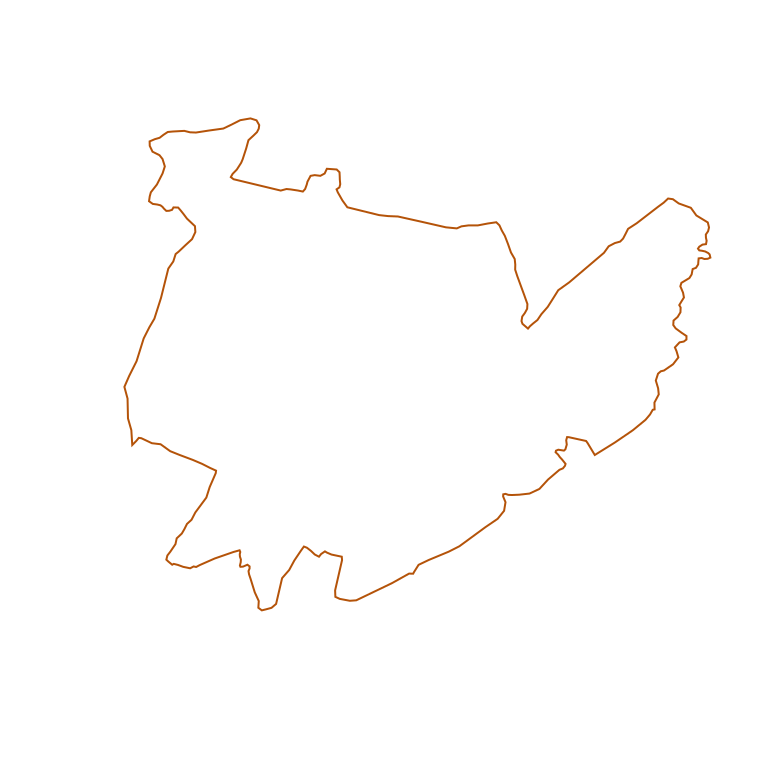 Sauce, Canelones, Uruguay (Natural Earth projection), rotated 14°
{"feature_id": "84410073B43433365311667", "entity_name": "Sauce", "entity_type": "district", "adm_level": 2, "iso_a3": "URY", "parent_name": "Uruguay", "parent_adm1": "Canelones", "projection": "natural_earth1", "projection_center": [-56.056, -34.624], "detail": "fine", "context": "isolated", "style": "outline", "palette": "amber", "viewbox_px": 768, "rotation_deg": 14, "n_neighbors": 0, "source": "geoboundaries", "source_scale": "gbopen_adm2", "svg_char_len": 4063}
<svg xmlns="http://www.w3.org/2000/svg" viewBox="0 0 768 768"><g transform="rotate(14 384 384)"><path d="M652.7,343.2L650.9,336.6L653.1,327.6L651.0,321.8L646.9,314.9L647.4,307.7L649.5,304.7L652.4,303.2L659.7,294.9L663.2,287.0L659.9,281.4L657.4,278.1L660.7,272.1L664.6,270.3L666.7,267.7L665.9,264.3L660.4,262.3L653.6,259.5L650.4,256.8L649.6,252.4L652.7,247.9L654.3,242.7L653.3,238.0L651.4,236.0L652.6,232.1L654.1,227.5L652.1,223.1L647.9,217.5L648.1,213.9L654.7,207.3L656.0,203.3L655.7,197.8L658.6,195.8L659.9,192.0L659.3,188.6L658.9,186.0L661.8,184.9L664.6,185.2L667.8,184.2L670.1,182.4L668.6,179.5L666.9,178.5L663.6,177.7L660.2,177.8L657.6,178.1L655.9,176.7L656.7,174.5L659.3,171.7L662.6,170.4L662.4,167.0L661.0,164.2L660.1,161.1L661.5,157.4L661.5,153.5L659.1,148.9L646.3,144.9L639.1,138.8L626.3,137.5L619.6,134.8L614.8,135.3L611.5,140.4L607.1,145.7L590.3,166.9L583.3,174.4L582.0,180.2L580.8,185.1L578.7,188.7L573.9,191.4L568.7,196.0L565.7,203.5L539.1,240.6L530.4,250.8L526.8,261.8L524.2,269.6L519.8,278.2L517.4,284.8L514.1,289.1L511.6,292.7L510.3,295.4L503.8,292.1L502.2,289.7L501.8,285.1L503.5,281.0L504.7,276.4L503.8,271.7L498.7,264.0L487.3,247.2L483.6,241.3L482.5,236.4L480.6,231.1L475.4,225.7L470.4,218.1L465.4,211.0L461.2,206.6L457.6,202.1L453.8,199.9L445.8,203.2L436.7,207.4L427.8,209.6L421.0,212.3L417.0,215.4L406.2,217.0L381.3,217.5L357.0,218.1L347.3,220.1L338.4,221.3L305.7,221.4L299.3,216.0L292.8,209.2L290.9,206.6L293.2,204.0L293.2,200.7L291.7,196.4L290.8,193.2L289.6,189.3L286.2,187.3L276.5,189.0L275.5,194.1L271.9,197.4L266.2,198.1L262.4,199.8L260.8,206.2L260.8,209.2L260.3,213.9L258.7,216.9L253.7,217.1L246.2,217.8L242.2,218.4L237.0,221.3L188.5,221.7L185.3,220.3L186.3,216.7L189.3,211.6L191.9,203.9L192.5,200.1L193.3,188.7L193.5,180.2L197.2,174.6L199.8,170.4L200.7,166.6L200.3,163.0L196.5,159.0L190.2,158.6L180.7,162.8L172.7,169.7L166.3,175.0L153.1,180.3L140.7,185.5L134.9,186.7L129.0,186.7L117.7,190.2L113.2,191.8L109.8,195.5L106.7,199.4L102.4,201.9L97.9,205.3L99.1,209.6L103.2,214.6L110.8,216.3L114.7,219.3L118.7,225.9L118.2,233.3L115.4,245.4L113.4,249.9L111.4,254.4L111.3,258.6L111.8,263.5L116.1,265.2L120.6,264.7L123.9,264.7L126.2,265.7L128.1,267.1L130.9,268.7L133.6,267.9L136.2,266.3L137.0,263.6L141.6,262.6L144.6,264.7L148.5,267.7L152.8,271.2L162.4,276.6L164.2,282.2L162.7,289.9L157.8,297.3L152.7,305.3L150.4,308.3L149.9,316.1L146.8,324.2L146.8,354.4L145.4,376.2L142.6,385.7L139.8,397.9L138.4,421.7L134.8,437.8L132.8,449.6L138.7,460.2L143.9,479.3L150.0,489.9L154.5,504.1L157.4,499.2L159.1,495.6L161.6,495.3L173.1,497.6L181.8,496.5L192.8,500.9L202.9,502.3L216.8,503.9L226.8,505.5L235.5,507.5L242.0,508.7L242.3,511.2L239.8,526.2L239.1,537.2L232.0,554.3L230.1,562.3L226.7,567.4L225.4,573.2L224.0,578.0L220.2,583.9L220.4,589.8L217.2,598.5L215.3,602.8L215.3,607.1L217.6,608.4L222.2,610.6L223.5,609.4L227.8,609.4L233.4,610.0L240.5,609.7L243.4,607.1L246.0,607.0L249.0,604.3L261.9,594.3L278.6,583.4L284.1,580.3L285.2,581.8L285.2,584.0L286.0,586.4L287.6,588.9L288.1,591.6L288.1,595.0L288.9,596.1L291.4,595.3L295.2,592.4L297.7,593.5L298.2,595.5L297.8,598.3L299.1,601.3L301.6,605.2L309.0,617.4L315.0,624.9L316.2,631.5L320.2,633.2L324.0,631.2L329.0,628.4L332.5,623.5L332.1,597.0L337.0,587.4L339.7,576.9L343.7,565.9L345.6,561.1L348.8,561.5L353.5,563.6L358.1,566.2L362.7,567.3L364.1,564.2L367.2,560.7L369.4,561.4L374.3,562.2L384.8,561.8L385.9,565.0L386.5,596.1L388.3,602.3L393.1,603.2L403.3,602.6L409.4,600.6L439.9,575.3L454.2,561.9L458.2,561.0L458.6,559.3L461.3,551.1L469.9,544.0L487.4,531.0L496.4,523.2L517.1,498.3L526.9,487.3L531.2,478.0L530.5,469.3L528.8,467.0L526.8,464.3L526.4,462.2L528.5,461.2L531.4,461.5L534.9,460.8L542.0,458.7L551.7,455.1L560.2,448.2L566.3,437.0L575.0,424.8L578.0,422.6L579.4,419.6L579.5,417.6L576.9,415.6L574.9,414.1L572.3,412.4L570.0,410.4L567.0,408.7L567.0,407.1L569.0,405.6L571.2,405.4L574.7,405.1L575.8,403.5L576.0,398.6L574.4,394.5L574.5,391.2L576.2,390.9L593.9,390.4L595.9,392.1L605.7,401.9L622.1,385.0L636.6,368.7L646.4,355.5L649.5,349.2L651.0,344.0L652.7,343.2Z" fill="none" stroke="#b45309" stroke-width="2"/></g></svg>